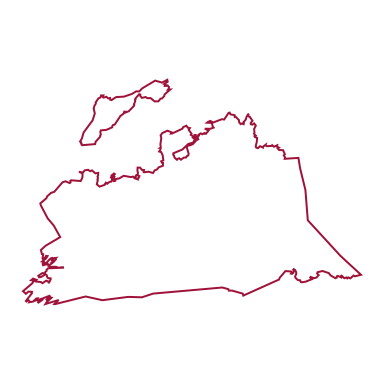 outline of Levanger nor, Nord-Trøndelag, Norway
{"feature_id": "86288312B82574062898212", "entity_name": "Levanger nor", "entity_type": "district", "adm_level": 2, "iso_a3": "NOR", "parent_name": "Norway", "parent_adm1": "Nord-Trøndelag", "projection": "mercator", "projection_center": [11.15, 63.689], "detail": "fine", "context": "isolated", "style": "outline", "palette": "rose", "viewbox_px": 384, "rotation_deg": 0, "n_neighbors": 0, "source": "geoboundaries", "source_scale": "gbopen_adm2", "svg_char_len": 5911}
<svg xmlns="http://www.w3.org/2000/svg" viewBox="0 0 384 384"><path d="M252.5,120.8L249.8,116.8L249.1,116.5L249.7,117.2L249.6,117.3L249.5,117.5L249.4,117.5L249.2,117.6L249.7,117.2L247.8,115.4L247.4,115.8L248.1,114.7L249.1,114.0L248.0,114.4L246.4,117.2L245.9,119.4L243.5,122.2L243.9,122.7L243.6,124.2L241.9,123.5L240.6,124.1L239.2,122.3L238.9,120.1L235.7,116.8L234.8,117.1L234.0,116.9L234.7,116.9L234.6,115.2L230.4,114.3L229.6,112.6L228.5,113.0L224.2,119.5L221.9,119.2L213.2,122.5L210.2,120.9L207.6,122.2L207.0,122.7L211.8,122.9L212.7,126.4L213.6,127.6L210.2,128.8L204.8,128.7L208.6,130.6L205.9,133.8L204.7,133.0L204.3,133.2L205.1,133.9L203.6,133.5L202.4,134.3L200.7,133.4L198.6,134.7L198.3,135.1L198.9,135.5L198.4,136.2L196.1,136.8L198.0,138.3L198.3,139.3L197.9,139.5L197.2,137.8L195.8,137.1L195.7,135.0L194.7,135.0L194.9,135.7L194.2,136.5L194.7,137.7L195.8,138.0L195.6,139.5L196.2,140.4L192.9,144.1L190.2,145.2L190.0,144.0L189.9,145.2L187.0,145.9L186.9,147.8L188.6,153.5L188.3,155.4L186.6,156.4L186.1,157.5L183.9,157.6L180.9,159.7L179.4,158.3L177.4,158.9L176.8,159.5L177.0,159.8L176.9,160.6L176.9,159.8L174.5,157.5L174.0,155.5L173.2,154.7L173.3,153.3L182.4,149.5L188.4,143.9L193.0,142.7L194.6,139.9L194.4,138.6L192.7,137.6L193.3,136.4L190.8,134.9L191.5,133.6L188.7,129.9L189.9,128.1L187.8,127.7L186.4,125.7L183.2,127.1L182.4,128.7L172.1,133.5L171.0,133.6L171.7,132.4L167.5,130.7L162.2,133.1L160.6,135.5L161.3,138.1L160.4,144.3L160.8,147.6L160.1,148.0L160.6,148.1L160.4,149.7L159.2,151.5L161.2,152.1L162.7,155.4L163.3,160.4L161.2,161.3L162.1,162.9L163.0,163.0L162.9,165.7L158.6,167.4L157.1,169.4L154.8,170.3L153.0,173.0L148.6,171.7L144.0,172.3L143.5,171.9L144.0,170.0L142.0,169.9L140.0,167.6L137.6,167.6L137.4,170.8L138.0,173.0L137.7,174.2L135.9,175.6L137.1,175.1L139.4,176.1L138.0,179.2L138.0,178.5L137.3,178.5L137.5,179.3L134.8,178.3L135.9,176.3L135.7,176.1L134.7,178.0L133.1,176.6L131.0,177.1L123.7,175.8L119.2,178.4L115.5,179.1L115.1,179.5L115.5,180.1L115.3,180.8L113.9,181.2L112.3,179.8L114.1,177.7L113.8,177.0L114.3,176.5L113.2,175.8L114.8,174.1L114.0,173.5L111.5,175.5L111.3,176.6L111.9,177.1L111.1,177.6L112.3,179.1L111.3,181.6L109.5,181.9L107.2,183.8L106.8,183.6L107.3,183.5L107.7,183.0L106.6,183.4L105.9,182.7L104.6,184.9L99.5,186.6L96.8,184.3L97.8,180.1L97.4,179.5L98.0,177.8L97.5,176.5L98.1,175.5L98.2,172.9L95.4,173.4L92.0,170.4L90.1,171.2L88.1,169.8L84.7,170.4L83.0,172.5L78.9,171.8L82.1,173.1L82.6,174.6L82.3,177.8L80.7,181.0L71.1,180.3L70.3,180.8L70.6,182.2L69.7,183.1L65.5,181.3L62.5,182.3L54.3,191.8L51.0,192.9L47.3,196.2L46.3,198.3L40.3,203.4L40.9,205.5L47.7,218.4L53.8,225.6L60.2,237.1L45.8,245.6L40.9,250.0L41.9,254.0L43.2,254.2L42.5,258.2L42.8,258.9L45.0,257.7L46.0,255.9L47.5,256.1L46.1,258.4L42.1,261.6L43.8,262.0L43.2,263.0L44.2,263.0L43.5,263.9L44.5,263.9L42.3,265.5L47.8,263.9L46.6,262.6L50.5,258.5L52.2,257.9L52.8,258.7L51.2,261.0L54.0,258.1L56.0,257.9L55.4,258.5L55.9,259.2L55.6,259.8L52.4,262.0L53.4,262.1L53.1,262.4L48.4,265.8L50.2,266.8L56.0,266.8L58.3,267.7L62.9,267.2L63.0,267.7L48.1,268.3L46.6,269.8L46.5,271.0L45.3,272.0L44.9,273.3L42.3,273.1L38.3,275.9L39.1,277.3L41.3,276.9L45.4,274.3L46.7,275.1L47.2,277.1L48.2,278.2L50.6,278.3L50.7,279.1L49.9,281.1L48.4,283.3L48.8,281.6L46.1,280.7L42.5,283.2L40.8,282.0L35.7,281.5L34.9,281.0L36.4,279.8L33.1,278.6L31.2,280.2L33.6,280.7L32.5,283.1L23.0,291.2L25.9,293.8L28.4,291.6L31.6,291.8L31.2,292.3L32.0,293.1L25.9,301.0L26.4,301.5L28.4,300.1L29.8,301.6L29.4,302.2L33.0,301.6L36.4,298.5L37.3,298.4L35.7,300.5L42.6,298.5L39.5,300.2L38.3,301.6L38.1,302.4L38.4,302.6L42.4,299.9L43.2,298.2L50.2,295.5L45.9,300.2L50.4,297.3L51.6,297.7L46.7,302.1L45.5,304.0L58.7,300.0L54.3,304.1L54.8,304.2L85.6,296.5L102.4,300.2L128.1,296.9L141.9,297.3L153.1,293.6L222.3,287.5L228.4,289.2L228.8,290.6L232.1,290.6L242.7,293.6L243.3,295.6L279.1,279.5L279.6,277.9L285.4,271.1L291.2,271.5L291.8,272.4L291.0,273.6L292.1,273.8L293.4,272.7L293.9,271.0L293.2,269.8L293.7,269.1L294.9,269.8L296.2,272.2L296.2,274.1L295.1,276.5L295.5,277.9L297.9,280.1L300.2,280.3L300.7,281.9L301.7,282.3L305.6,281.7L312.4,279.0L312.4,277.9L310.9,278.3L310.2,277.6L310.7,276.9L313.7,278.2L316.4,277.6L318.7,275.1L317.1,273.5L317.6,272.2L322.5,271.0L328.8,273.1L330.6,275.4L335.4,278.2L336.7,277.7L336.8,276.4L337.8,275.9L341.6,277.6L342.2,276.7L340.8,276.2L341.6,275.6L344.3,278.2L346.7,277.4L347.3,278.4L348.7,277.5L350.3,278.4L353.6,275.5L354.9,276.3L361.0,274.8L340.5,255.9L307.8,220.3L305.4,189.9L300.2,168.7L298.4,157.9L284.7,158.8L285.1,157.5L283.8,155.3L284.9,154.3L283.1,150.2L279.1,150.0L277.7,148.4L278.9,147.6L276.9,146.6L277.2,145.3L273.9,146.7L272.2,145.2L271.8,145.9L266.9,146.2L265.5,145.5L265.7,144.7L262.9,146.8L262.9,147.5L260.0,146.2L257.9,148.2L256.2,147.6L255.7,146.3L256.8,141.8L257.1,137.9L255.1,137.1L255.7,135.9L254.6,135.9L254.9,134.7L254.0,133.8L254.5,132.7L254.1,129.0L255.8,125.6L254.1,123.4L252.5,124.6L250.8,124.2L250.7,123.0L252.5,120.8ZM167.3,79.8L162.0,82.6L155.2,80.6L142.3,88.3L139.1,91.5L136.3,91.3L132.0,93.9L124.1,96.6L116.1,97.1L111.5,100.1L110.2,99.7L110.0,98.0L108.2,98.4L106.4,96.8L103.4,97.6L102.6,96.6L103.3,95.4L101.1,95.4L100.5,97.4L98.4,98.4L95.7,102.4L95.8,103.6L94.4,105.9L93.7,108.6L94.8,113.4L92.6,120.4L83.6,132.5L81.9,138.5L80.1,141.5L80.9,141.8L80.9,143.0L81.6,143.4L81.5,144.6L82.2,145.2L95.1,144.1L95.6,141.8L100.2,136.7L100.2,135.4L100.8,134.7L100.3,132.0L100.8,130.4L106.3,129.9L112.2,127.3L112.3,126.1L113.1,125.0L114.7,124.6L120.4,116.0L123.6,113.6L124.3,111.6L125.2,111.7L124.9,112.8L128.8,111.2L134.1,105.7L134.3,105.0L133.9,104.5L135.3,101.0L134.9,100.1L135.6,99.1L135.4,98.5L139.1,94.3L140.3,94.5L140.3,96.0L142.0,97.9L145.6,97.0L147.2,98.1L150.6,98.1L154.6,101.4L158.4,101.3L160.5,98.7L162.1,98.4L164.3,96.0L164.5,94.5L170.3,89.5L168.0,89.6L168.8,88.6L169.0,87.0L167.8,86.0L168.7,85.6L165.3,85.9L165.7,85.3L164.8,85.4L164.9,84.2L164.3,84.0L167.7,81.7L167.3,79.8Z" fill="none" stroke="#9f1239" stroke-width="2"/></svg>